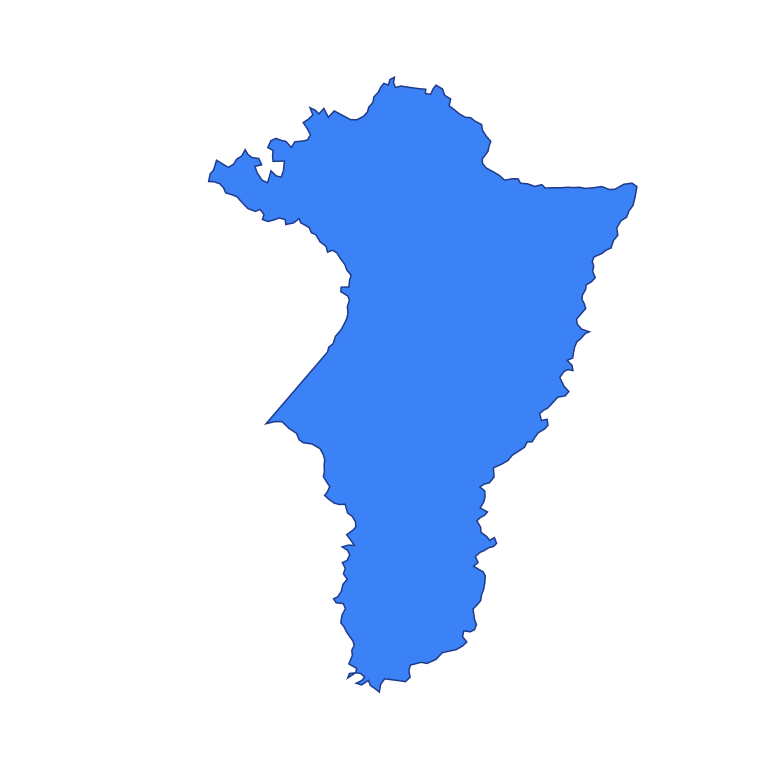 Curiúva, Paraná, Brazil, rotated 281°
{"feature_id": "56859067B60158173391359", "entity_name": "Curiúva", "entity_type": "district", "adm_level": 2, "iso_a3": "BRA", "parent_name": "Brazil", "parent_adm1": "Paraná", "projection": "albers", "projection_center": [-50.47, -23.991], "detail": "fine", "context": "isolated", "style": "filled", "palette": "blue", "viewbox_px": 768, "rotation_deg": 281, "n_neighbors": 0, "source": "geoboundaries", "source_scale": "gbopen_adm2", "svg_char_len": 4363}
<svg xmlns="http://www.w3.org/2000/svg" viewBox="0 0 768 768"><g transform="rotate(281 384 384)"><path d="M95.1,411.2L95.4,416.3L92.6,421.0L88.7,418.8L85.0,413.8L84.3,419.4L90.1,425.3L85.5,428.1L83.2,433.4L80.7,438.2L88.5,438.0L94.7,440.9L95.1,447.0L95.7,455.7L95.9,461.8L101.2,465.6L107.1,463.2L113.1,463.5L117.9,473.6L117.9,479.6L123.7,487.7L131.3,492.4L133.8,497.9L137.0,505.5L141.7,511.0L146.5,514.5L151.0,509.3L156.9,509.5L157.2,516.0L160.0,519.7L165.4,520.7L170.1,517.8L174.7,516.2L180.2,514.4L185.5,517.9L189.9,520.2L196.0,520.0L201.3,521.0L209.1,520.8L215.1,520.0L218.6,517.1L220.3,511.8L222.2,506.8L226.8,510.4L232.0,506.6L236.8,510.1L239.6,514.1L243.3,518.1L245.3,522.4L249.1,524.9L254.3,521.7L250.7,517.6L253.9,513.9L256.8,507.6L261.9,506.1L267.4,501.3L271.0,503.8L274.4,507.8L278.1,510.0L280.7,502.0L287.3,504.5L292.4,504.7L298.3,503.3L301.1,497.8L304.6,501.0L307.1,506.3L313.7,509.8L322.5,507.4L328.4,515.6L332.7,520.4L338.3,523.3L348.7,534.0L354.4,535.6L355.5,540.4L359.4,541.9L365.4,544.5L370.8,550.5L374.8,552.8L380.5,550.8L378.2,545.5L384.6,542.4L388.5,545.5L391.6,549.3L399.1,554.0L404.2,557.1L406.9,564.0L411.8,566.9L416.3,561.0L423.9,555.3L430.6,558.3L433.3,561.8L433.2,566.9L438.2,565.0L442.2,559.2L445.5,564.3L450.5,564.0L456.8,564.1L462.2,565.3L466.0,568.4L471.9,571.9L474.4,575.6L475.5,567.6L479.5,562.4L484.3,560.6L490.9,564.3L496.6,567.6L501.0,565.3L504.7,562.3L509.0,561.8L515.4,563.9L520.0,563.6L523.9,568.1L528.7,571.1L534.3,567.3L539.5,567.4L543.8,565.1L548.7,565.8L553.9,573.2L557.7,576.4L560.8,580.9L568.7,581.9L574.6,585.1L581.7,582.7L589.6,585.6L594.0,590.3L600.7,591.5L606.7,594.3L614.8,594.8L626.0,594.6L628.5,589.1L625.8,581.3L619.2,573.5L617.9,567.9L619.4,560.1L616.6,552.1L614.4,544.3L614.4,538.5L613.0,532.8L612.2,527.0L610.5,520.7L608.9,512.6L607.1,504.9L609.8,500.9L606.8,494.5L607.9,486.5L607.1,479.7L611.0,476.5L609.8,470.4L607.1,463.6L610.8,457.4L612.9,451.5L615.6,443.0L619.2,438.7L623.4,437.5L632.3,441.7L637.5,441.7L642.6,442.5L646.6,437.3L651.9,432.2L657.3,430.3L659.4,423.1L662.0,418.2L661.3,413.0L663.3,406.9L666.6,400.8L669.6,394.8L676.5,395.1L678.9,388.6L684.8,385.1L687.3,378.0L683.3,376.0L677.3,374.5L677.0,369.2L681.3,368.7L680.6,362.5L680.1,354.1L679.7,343.7L677.2,338.7L681.6,335.8L687.1,335.7L684.1,331.8L678.2,331.2L679.1,326.5L674.9,324.3L669.2,322.7L663.9,319.3L658.3,319.4L652.7,316.2L648.1,315.9L643.1,313.1L638.2,306.9L637.1,300.8L639.6,292.7L642.6,283.0L635.2,278.5L643.0,272.4L636.7,268.6L639.6,264.4L641.1,258.6L634.6,262.8L629.3,259.1L625.2,254.8L619.4,260.5L614.4,264.3L608.8,262.1L607.0,257.8L604.7,250.2L598.5,248.0L603.4,241.4L603.6,236.1L604.5,231.1L601.2,226.5L593.9,224.8L592.1,230.5L586.8,231.1L581.4,232.6L583.8,243.7L573.9,244.6L567.5,243.6L567.7,238.4L571.7,232.4L565.2,231.9L559.4,231.3L560.7,225.5L567.3,219.1L573.0,215.8L575.8,222.1L581.5,218.0L581.1,211.2L583.3,206.7L587.5,203.0L580.6,200.8L576.5,196.4L571.0,194.4L566.9,189.7L570.1,181.3L571.7,176.9L566.0,176.4L561.3,175.8L557.2,173.3L549.3,173.2L550.1,178.6L549.2,184.6L546.2,188.9L541.4,192.1L540.8,198.2L539.7,204.2L536.8,207.7L533.9,211.7L530.3,216.8L528.9,224.7L531.7,229.1L527.5,233.8L522.3,233.3L521.4,239.1L523.9,244.4L527.0,249.4L526.5,255.7L521.8,257.2L524.9,264.5L530.2,269.1L526.4,271.5L524.9,276.0L523.3,280.6L518.6,283.9L517.6,288.6L511.4,294.1L508.0,300.9L502.7,303.4L505.5,308.0L503.6,312.8L498.6,317.5L493.8,322.8L488.7,325.8L484.5,330.9L479.0,330.4L472.5,331.1L470.9,323.5L466.4,324.0L463.4,331.8L459.5,334.1L452.9,333.3L446.0,335.2L440.9,334.9L435.8,333.6L429.0,331.5L421.6,327.3L413.8,326.3L409.6,322.7L404.6,322.5L322.5,275.8L326.2,283.9L327.6,291.1L322.1,299.6L318.9,307.5L313.1,311.3L310.9,316.0L311.4,324.6L308.4,333.4L303.5,337.6L298.7,340.2L293.0,340.7L286.6,342.2L281.5,342.2L277.1,346.2L273.0,350.3L267.3,349.0L263.3,347.0L260.5,351.5L257.6,357.8L257.2,363.0L258.5,368.8L250.5,372.8L248.0,378.1L243.4,382.2L238.4,383.7L234.6,381.4L228.9,376.1L224.6,381.0L219.9,385.7L219.0,379.6L216.1,374.0L214.0,379.6L209.9,383.0L203.7,381.4L200.7,377.2L195.6,381.2L189.9,380.4L185.3,385.2L179.5,381.9L172.4,381.7L166.4,379.3L163.5,375.5L160.1,378.8L160.7,385.8L156.2,389.1L149.3,386.9L141.4,387.1L138.3,390.8L132.3,395.6L125.8,402.5L121.7,404.7L116.5,403.2L111.4,404.7L102.5,402.9L99.5,411.7L95.1,411.2ZM95.1,411.2L93.2,405.3L88.5,404.5L95.1,411.2Z" fill="#3b82f6" stroke="#1e3a8a" stroke-width="1.5"/></g></svg>